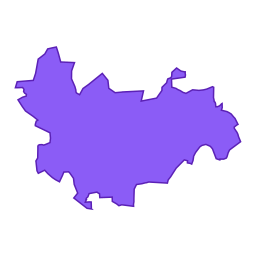 the district of Bichi, Kano, Nigeria
{"feature_id": "59680162B73114171000075", "entity_name": "Bichi", "entity_type": "district", "adm_level": 2, "iso_a3": "NGA", "parent_name": "Nigeria", "parent_adm1": "Kano", "projection": "orthographic", "projection_center": [8.292, 12.285], "detail": "fine", "context": "isolated", "style": "filled", "palette": "violet", "viewbox_px": 256, "rotation_deg": 0, "n_neighbors": 0, "source": "geoboundaries", "source_scale": "gbopen_adm2", "svg_char_len": 2750}
<svg xmlns="http://www.w3.org/2000/svg" viewBox="0 0 256 256"><path d="M240.6,141.7L238.5,136.6L237.9,134.3L237.0,132.4L234.3,128.4L234.2,127.1L236.8,125.0L238.0,124.4L235.0,118.4L233.5,116.8L231.2,114.0L229.1,112.7L227.0,111.6L221.4,110.2L222.2,107.7L222.1,103.5L221.4,103.9L221.2,104.3L219.9,105.5L219.4,105.9L217.5,106.7L216.7,106.7L215.8,106.7L215.5,103.4L215.0,102.1L214.2,101.6L214.1,100.3L213.5,97.6L213.7,87.3L212.5,86.7L206.7,89.1L203.4,89.9L198.9,90.4L196.9,90.2L194.7,90.0L192.6,89.8L185.9,93.4L185.3,93.1L183.0,92.4L180.2,90.6L177.9,89.6L176.0,88.4L171.8,87.2L171.5,79.1L176.4,78.4L183.4,77.4L184.0,77.3L184.3,77.3L184.8,77.2L185.1,77.1L185.1,76.8L185.2,76.6L185.2,76.4L185.3,75.9L185.4,75.4L185.4,75.0L185.4,74.8L185.4,74.5L185.3,74.2L185.2,73.6L185.2,72.8L185.2,72.3L185.2,71.8L184.2,71.8L183.9,71.7L183.5,71.6L181.5,71.2L180.5,70.8L176.6,68.0L171.9,72.3L171.7,75.8L171.5,76.8L170.9,77.5L170.2,78.0L167.9,78.8L167.3,80.1L166.6,82.8L162.0,87.3L161.9,90.5L158.4,95.5L156.6,98.1L141.2,101.1L143.5,90.9L122.1,92.0L121.9,92.1L115.1,92.7L108.8,88.3L107.9,80.3L102.3,73.4L88.7,84.4L83.0,88.5L79.6,94.7L76.5,93.0L76.0,92.0L75.8,89.8L75.3,88.1L74.9,86.6L71.5,78.8L71.6,70.9L74.5,62.6L60.7,62.0L58.4,53.5L56.7,48.1L56.3,47.0L51.6,48.0L47.7,48.9L44.8,54.0L38.2,59.1L35.6,73.4L33.3,80.4L17.2,81.7L15.4,87.7L18.1,87.7L22.6,87.5L24.0,89.4L23.6,91.6L24.1,92.3L24.6,93.1L25.5,93.7L26.4,94.4L26.2,96.1L22.6,97.2L18.0,99.8L22.2,106.4L25.5,111.0L33.2,116.4L37.8,120.1L36.2,121.2L35.3,124.4L35.3,125.7L50.0,132.8L50.5,138.2L50.0,142.6L44.7,144.8L43.9,145.0L43.5,145.1L42.8,144.8L42.0,144.6L39.7,144.7L38.4,145.2L37.9,146.1L37.9,147.3L37.9,148.8L37.7,158.0L35.9,161.0L36.1,162.4L36.3,164.5L36.7,168.1L37.0,170.8L38.3,173.3L44.7,170.2L47.8,173.6L52.4,177.6L55.7,179.8L59.5,181.8L60.3,180.0L62.4,175.6L63.8,172.1L68.6,171.8L69.8,173.0L73.5,178.3L74.2,184.4L77.7,193.1L73.8,198.0L87.0,208.3L91.6,209.0L91.4,208.8L91.2,202.0L89.1,201.9L88.0,202.0L85.3,202.2L85.8,200.8L86.2,200.0L86.4,199.6L86.0,199.5L86.4,198.2L87.9,196.8L89.1,193.6L97.0,192.1L97.4,192.5L97.6,192.7L99.3,193.6L99.5,193.7L99.8,197.6L110.6,197.2L112.2,197.1L112.3,201.4L116.5,203.8L118.9,205.7L121.7,204.8L133.6,206.3L133.5,204.2L133.9,201.8L133.9,198.3L134.2,189.1L136.5,184.5L142.0,183.7L145.0,182.9L146.5,182.7L148.8,182.0L167.4,183.1L168.2,179.9L170.7,176.7L172.6,173.7L176.2,168.1L184.3,159.9L187.6,160.8L187.4,162.3L187.4,162.9L189.2,163.2L190.3,163.4L191.7,164.1L192.3,162.4L193.0,160.6L193.5,157.4L193.6,156.3L195.5,152.6L196.7,151.0L199.9,146.8L202.0,145.4L205.9,144.4L210.1,146.2L211.1,147.2L212.5,148.9L216.2,158.7L219.8,159.9L219.9,159.1L223.8,159.1L226.3,158.1L227.0,156.8L227.5,155.1L228.2,152.7L229.6,149.9L240.6,141.7Z" fill="#8b5cf6" stroke="#5b21b6" stroke-width="1.5"/></svg>